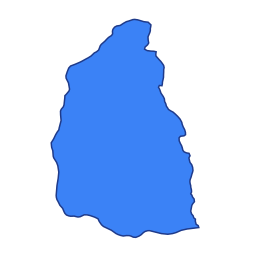 Colômbia, São Paulo, Brazil (orthographic projection), rotated 273°
{"feature_id": "56859067B65485481893344", "entity_name": "Colômbia", "entity_type": "district", "adm_level": 2, "iso_a3": "BRA", "parent_name": "Brazil", "parent_adm1": "São Paulo", "projection": "orthographic", "projection_center": [-48.706, -20.274], "detail": "fine", "context": "isolated", "style": "filled", "palette": "blue", "viewbox_px": 256, "rotation_deg": 273, "n_neighbors": 0, "source": "geoboundaries", "source_scale": "gbopen_adm2", "svg_char_len": 2573}
<svg xmlns="http://www.w3.org/2000/svg" viewBox="0 0 256 256"><g transform="rotate(273 128 128)"><path d="M32.3,203.9L34.2,203.2L35.4,201.1L38.5,200.1L40.5,200.1L41.7,198.4L43.8,197.6L45.5,196.0L48.2,195.0L51.3,195.4L54.1,195.8L55.9,196.7L57.9,198.2L60.6,197.7L62.4,196.1L64.3,195.3L65.6,194.1L67.4,194.8L69.5,194.6L72.1,193.8L73.9,193.6L75.6,193.0L77.6,192.6L79.5,192.7L82.4,193.6L85.6,194.3L87.3,194.8L89.0,195.1L92.1,194.6L94.6,193.6L96.9,191.7L99.4,190.9L101.4,190.4L103.5,191.4L105.9,190.3L106.2,187.7L107.1,185.3L108.5,184.0L111.2,183.2L113.2,182.4L115.1,181.2L117.9,179.8L120.8,179.5L122.5,180.8L123.1,184.3L124.3,185.8L126.6,185.6L129.2,184.7L132.1,183.0L134.6,181.9L136.5,181.4L139.6,179.5L142.2,177.0L144.3,174.6L146.2,172.2L147.4,169.6L148.7,167.4L150.3,166.4L151.8,165.2L154.1,164.5L156.4,163.2L159.0,162.8L161.2,161.6L163.2,160.1L164.5,159.1L166.3,158.4L168.4,157.5L170.3,156.3L172.1,157.1L172.0,159.7L173.8,160.0L175.7,160.0L177.9,160.4L180.5,160.8L182.9,160.7L185.9,160.7L188.1,160.6L190.2,160.9L192.4,160.3L194.5,158.7L196.3,157.2L197.6,155.8L201.3,152.2L203.1,151.9L205.6,152.1L206.0,149.8L206.0,146.9L206.3,143.1L207.6,140.4L209.7,140.8L212.1,143.2L214.0,144.2L217.1,143.5L220.1,143.2L224.5,144.8L226.4,145.2L228.5,145.1L230.4,145.4L232.2,145.5L234.7,142.6L235.0,138.3L236.5,132.1L236.8,129.0L236.5,127.1L234.9,123.2L234.1,120.8L232.4,118.1L230.0,114.8L229.3,111.4L228.0,109.3L225.8,107.8L223.9,107.4L221.2,107.7L219.5,106.7L217.4,103.8L215.2,101.8L213.5,100.4L210.2,97.0L208.7,96.0L207.1,95.5L204.3,94.6L202.4,92.5L201.2,90.4L198.0,87.4L196.1,84.7L194.9,82.7L192.1,78.2L191.0,76.2L188.8,71.7L186.9,67.4L184.8,65.7L181.3,64.5L178.8,63.8L176.8,63.3L174.5,63.6L169.9,66.2L166.0,67.1L163.7,67.6L162.0,67.2L160.3,66.0L158.3,64.5L157.0,63.3L154.9,63.3L147.8,62.9L145.8,62.3L143.1,60.3L141.3,59.7L137.6,60.0L132.0,60.8L124.6,59.3L122.5,59.0L120.2,57.5L117.5,56.1L115.8,55.4L113.4,54.4L111.7,53.5L109.2,52.1L106.4,52.5L104.6,52.8L101.4,54.1L95.9,54.8L94.3,55.4L89.9,58.5L86.6,59.9L80.3,61.2L73.9,60.9L66.9,60.1L56.9,59.8L54.9,60.1L52.8,60.8L51.1,61.9L47.2,64.1L44.4,66.9L40.9,68.6L39.4,69.5L37.9,71.1L37.1,73.6L36.9,75.5L37.2,78.8L36.8,80.8L36.5,82.7L36.9,84.9L39.0,88.8L39.1,91.7L38.6,94.7L37.2,99.5L35.8,102.8L33.1,104.2L30.0,106.6L28.4,108.6L25.0,116.8L22.0,121.5L21.1,123.6L20.3,126.4L19.9,128.9L20.5,132.1L20.6,135.0L20.2,136.7L19.3,138.9L19.2,141.5L20.6,144.6L22.1,146.7L24.4,148.9L25.6,150.5L26.5,153.1L26.6,155.1L24.3,166.9L24.0,173.3L24.9,178.0L26.1,181.5L28.6,186.5L30.2,192.1L32.3,203.9Z" fill="#3b82f6" stroke="#1e3a8a" stroke-width="1.5"/></g></svg>